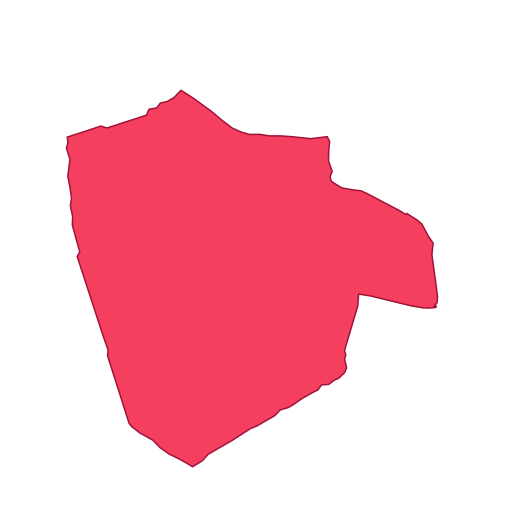 the district of Heiban, South Kordufan, Sudan, rotated 162°
{"feature_id": "16777658B58356083218961", "entity_name": "Heiban", "entity_type": "district", "adm_level": 2, "iso_a3": "SDN", "parent_name": "Sudan", "parent_adm1": "South Kordufan", "projection": "albers", "projection_center": [30.437, 11.168], "detail": "fine", "context": "isolated", "style": "filled", "palette": "rose", "viewbox_px": 512, "rotation_deg": 162, "n_neighbors": 0, "source": "geoboundaries", "source_scale": "gbopen_adm2", "svg_char_len": 1552}
<svg xmlns="http://www.w3.org/2000/svg" viewBox="0 0 512 512"><g transform="rotate(162 256 256)"><path d="M381.4,75.2L370.1,77.9L362.8,82.2L347.0,85.6L335.5,88.0L314.5,93.6L307.9,94.0L297.2,96.3L287.7,98.3L280.6,102.1L272.1,101.9L266.4,103.1L256.7,106.1L245.2,108.5L238.4,109.5L233.6,113.2L226.6,111.4L220.1,113.6L215.1,114.2L207.9,117.6L204.4,121.6L203.6,130.5L201.1,134.3L201.0,138.8L174.6,177.1L170.1,188.1L159.8,182.8L123.3,160.3L113.2,155.1L107.1,152.9L101.1,151.6L100.7,151.8L102.0,152.3L101.4,152.6L101.8,152.8L100.8,153.4L101.4,153.6L100.8,154.0L98.3,155.6L95.9,161.1L93.7,172.9L91.1,187.2L88.3,202.9L83.6,213.4L86.1,222.2L88.2,234.2L88.4,235.2L91.7,240.5L99.5,249.9L100.0,249.6L100.7,249.1L105.5,254.8L130.6,280.6L135.8,285.4L143.8,289.2L153.4,294.3L157.5,299.1L161.3,303.9L161.1,308.4L157.4,313.0L157.6,324.3L153.9,334.6L150.6,342.0L151.4,347.5L167.8,350.7L184.3,358.1L195.7,362.7L206.4,366.2L215.0,370.6L224.6,373.6L231.2,378.0L239.0,384.9L246.8,396.2L253.6,407.2L266.1,424.5L276.1,436.8L279.8,434.9L285.0,432.0L292.5,430.4L299.8,431.0L304.7,427.5L308.6,428.1L312.5,428.6L316.7,423.8L335.6,423.8L353.3,423.8L354.8,423.8L358.0,423.8L363.5,427.5L379.8,427.4L381.2,427.4L393.8,427.4L398.8,427.4L399.8,422.0L403.0,417.1L403.0,405.7L406.8,397.6L410.3,390.1L411.9,377.8L413.5,368.3L417.0,361.2L418.2,350.1L421.1,342.3L422.0,323.2L422.3,314.4L426.2,310.8L426.1,227.0L425.7,212.3L428.0,207.1L428.4,136.0L427.1,132.3L420.9,123.3L411.0,112.7L406.4,103.2L399.6,94.2L391.3,86.3L381.4,75.2Z" fill="#f43f5e" stroke="#9f1239" stroke-width="1.5"/></g></svg>